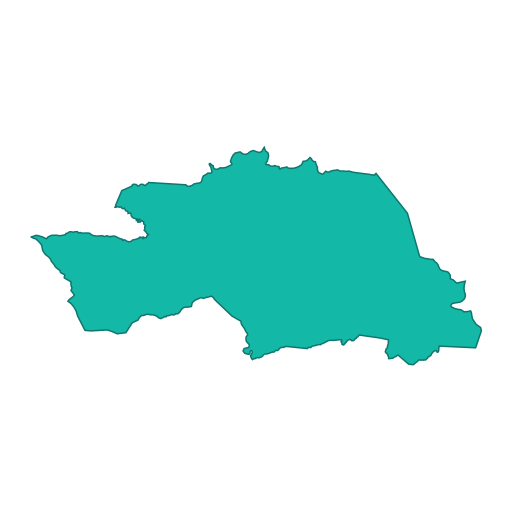 Comayagua, Comayagua, Honduras (Albers equal-area conic projection)
{"feature_id": "27666195B46551792620795", "entity_name": "Comayagua", "entity_type": "district", "adm_level": 2, "iso_a3": "HND", "parent_name": "Honduras", "parent_adm1": "Comayagua", "projection": "albers", "projection_center": [-87.636, 14.476], "detail": "fine", "context": "isolated", "style": "filled", "palette": "teal", "viewbox_px": 512, "rotation_deg": 0, "n_neighbors": 0, "source": "geoboundaries", "source_scale": "gbopen_adm2", "svg_char_len": 6066}
<svg xmlns="http://www.w3.org/2000/svg" viewBox="0 0 512 512"><path d="M264.3,147.3L263.7,148.0L261.8,151.4L260.0,152.3L258.2,152.3L253.2,150.5L250.0,151.7L247.9,153.6L245.2,154.4L242.8,153.9L240.1,151.9L235.2,153.0L233.4,154.7L231.7,157.7L230.6,160.7L230.5,161.8L231.7,163.1L231.8,164.3L230.5,165.3L225.7,167.5L222.2,168.0L220.9,167.7L219.5,168.1L217.4,169.3L215.7,169.2L214.4,168.8L213.9,168.3L213.5,167.4L213.2,165.7L212.0,165.2L210.2,163.5L209.7,163.5L209.3,163.9L209.3,164.7L210.8,167.1L211.8,171.1L211.7,172.6L210.3,173.3L208.0,173.0L205.9,174.6L203.5,175.8L202.6,177.5L201.5,181.6L200.9,182.2L199.2,183.1L197.3,183.2L193.9,184.0L192.1,185.4L189.1,186.4L187.0,186.0L185.9,184.8L148.5,182.5L148.1,183.4L146.4,184.3L145.3,185.7L143.0,184.4L141.7,184.2L140.4,184.5L138.8,185.9L138.0,186.1L136.2,184.5L133.4,184.2L132.2,185.1L131.6,186.3L121.8,190.6L115.6,205.3L115.9,205.9L115.0,207.2L115.6,207.4L117.3,206.7L119.6,207.2L120.8,206.9L122.4,208.6L123.1,208.7L124.5,208.2L125.6,210.7L127.8,211.4L128.1,213.5L129.9,213.0L130.8,213.4L131.3,215.9L132.3,217.3L133.6,218.1L136.8,219.1L136.3,220.0L136.4,220.5L138.8,219.2L139.6,219.2L139.3,219.9L137.7,221.4L137.8,222.1L140.3,222.1L140.8,221.6L141.1,220.5L141.4,220.4L143.7,222.0L143.7,223.9L144.9,224.8L145.4,225.7L144.7,226.7L144.8,228.6L144.2,230.3L146.2,232.1L146.5,233.0L147.1,233.7L148.4,234.6L146.9,235.9L146.6,237.2L146.0,237.7L144.6,237.5L143.9,237.9L143.3,237.2L143.0,238.3L142.1,237.4L141.6,237.7L140.5,237.1L139.8,237.1L139.5,237.4L139.4,238.1L138.6,238.1L137.8,238.7L136.3,239.2L132.6,240.0L131.1,241.4L129.0,241.8L127.0,241.3L124.8,239.9L124.2,239.9L123.3,240.4L122.7,240.4L122.7,239.4L119.7,238.5L114.8,236.1L112.8,236.1L112.3,236.5L111.3,236.3L110.7,236.8L110.0,236.3L109.1,236.7L107.1,235.7L104.2,236.6L102.5,235.7L96.8,236.1L93.2,235.5L90.9,234.4L90.2,233.5L89.5,233.3L88.0,233.0L81.9,233.1L80.3,232.5L78.6,233.0L77.6,231.7L75.8,231.7L74.6,231.8L73.1,232.3L71.8,231.8L69.4,231.8L67.5,233.2L65.9,233.5L65.3,234.7L61.2,235.6L58.7,235.6L56.5,235.2L51.6,235.3L48.7,236.6L47.5,237.4L47.1,238.4L46.7,238.6L45.4,238.4L42.7,237.0L37.7,235.5L35.7,235.4L31.9,236.8L30.7,236.8L33.9,238.4L35.9,238.9L39.6,242.5L41.6,245.1L42.6,250.1L43.1,251.2L45.4,254.5L48.2,256.6L50.2,258.6L51.5,261.4L54.3,264.9L55.3,266.8L58.5,269.6L59.7,270.0L60.3,272.1L61.2,273.0L64.4,274.6L64.9,275.2L64.2,277.0L64.4,278.0L70.8,281.7L71.1,285.9L72.0,287.9L71.0,290.5L74.4,295.0L72.8,296.9L69.2,299.5L67.9,301.3L71.0,303.5L73.9,307.0L76.2,311.2L77.6,316.0L85.0,330.4L91.1,330.9L105.9,330.0L108.1,330.2L112.2,331.6L117.2,333.8L125.9,332.7L131.9,323.3L132.8,322.5L138.0,320.1L139.3,317.7L141.7,315.4L143.4,315.5L146.5,314.4L148.4,314.3L150.9,314.9L152.3,314.7L155.2,315.4L157.3,316.6L158.6,317.8L160.8,318.6L163.7,317.3L164.6,316.5L165.3,316.8L166.1,316.8L166.5,315.9L169.3,315.5L171.7,314.5L173.3,315.0L175.0,314.5L175.9,313.6L176.8,313.9L178.0,313.7L179.6,312.2L181.4,309.5L183.6,307.6L185.6,307.1L188.2,307.1L191.4,306.5L192.3,302.6L195.2,300.1L200.6,297.8L201.5,297.8L203.4,298.4L205.7,297.6L211.6,296.2L213.5,297.8L214.8,299.7L232.0,316.1L240.9,321.2L241.2,323.5L241.9,325.0L244.1,328.0L246.3,332.3L247.5,333.7L247.6,335.0L246.2,336.8L246.0,337.6L246.0,339.7L246.4,341.3L246.9,342.1L248.9,344.2L249.3,345.1L249.1,346.6L248.3,347.5L244.2,348.5L243.2,350.4L243.3,351.5L244.9,353.4L248.8,354.4L249.9,353.7L250.1,351.7L250.4,350.9L251.1,350.5L251.7,350.6L252.2,351.8L252.0,353.3L250.5,356.0L251.6,358.6L252.5,359.6L253.7,358.8L255.7,358.5L255.9,357.9L257.3,357.6L258.6,357.9L261.1,357.1L262.5,356.2L263.5,354.7L264.9,354.0L266.9,354.0L272.7,352.0L274.0,352.1L275.7,350.4L277.2,350.6L278.7,349.8L279.2,348.8L280.7,347.5L281.8,347.5L282.2,347.2L282.6,347.4L284.0,347.4L284.7,346.8L286.1,346.4L307.3,348.6L308.6,347.3L310.7,347.6L312.1,346.2L316.4,345.3L317.9,344.6L320.6,344.7L321.4,343.9L322.8,343.5L328.7,340.5L330.5,340.3L333.7,340.4L339.8,339.7L341.1,339.8L341.7,340.1L341.9,340.7L341.0,341.5L342.0,343.4L342.0,344.4L343.7,345.0L344.5,343.8L345.0,343.7L345.3,343.0L346.3,342.3L347.5,340.3L350.3,339.4L350.8,339.6L351.1,340.2L352.0,340.8L353.7,340.5L354.5,339.9L355.1,338.7L356.3,338.3L356.7,337.3L358.0,336.7L359.0,335.0L380.0,338.0L388.5,339.8L388.2,344.1L387.3,346.6L387.4,347.6L386.9,348.4L386.1,348.9L385.3,351.8L385.9,352.9L387.2,353.6L387.5,354.8L388.7,357.0L388.5,358.2L388.8,358.7L392.8,358.2L394.0,357.3L396.1,356.4L398.0,355.0L408.7,364.2L412.8,364.7L413.9,364.4L414.7,363.4L416.2,362.4L419.0,359.9L421.5,360.2L422.5,359.9L423.5,360.2L424.5,359.9L425.5,360.0L427.6,358.1L427.8,357.2L429.6,356.3L431.0,355.2L431.8,353.5L433.7,351.3L435.9,350.5L436.5,350.9L437.2,352.3L438.1,352.0L438.6,351.1L439.1,346.1L475.6,347.8L481.3,331.1L480.9,328.3L480.5,327.4L476.2,324.4L472.8,319.4L472.3,318.2L471.3,312.3L470.6,310.9L467.3,311.6L463.9,311.8L462.1,310.4L460.5,309.6L458.1,309.4L454.3,308.4L453.4,307.8L451.7,307.1L450.8,306.0L451.2,304.7L452.5,303.4L460.2,302.1L462.2,301.0L464.1,299.2L464.9,297.8L465.4,295.6L465.3,294.4L464.3,291.4L464.0,288.4L464.3,284.8L465.3,281.2L456.6,283.1L453.5,280.1L450.3,278.7L450.3,275.2L448.3,272.3L447.3,271.8L442.2,270.6L440.1,269.4L438.7,266.8L438.2,265.1L436.7,263.0L435.5,262.2L433.0,259.3L430.7,259.4L427.6,258.7L425.1,258.5L420.0,256.7L419.4,255.6L407.4,213.2L376.0,173.4L375.3,174.0L374.7,175.1L372.8,174.8L372.1,175.0L369.9,174.4L353.8,172.4L348.5,171.0L346.5,171.4L343.6,171.0L340.6,171.1L339.0,170.6L337.4,169.8L335.3,170.3L333.4,170.4L330.4,171.2L328.8,172.1L327.4,172.0L325.7,171.2L323.0,174.1L322.5,174.1L319.2,172.9L318.0,171.6L317.5,170.0L317.4,167.2L316.5,165.4L315.3,161.7L315.1,161.6L314.0,161.7L313.4,161.3L311.9,160.0L311.4,158.6L309.9,157.5L307.9,159.8L305.4,161.1L303.1,161.3L301.7,164.6L298.6,166.6L296.1,167.6L293.4,168.3L289.3,168.3L287.9,167.9L286.7,166.9L285.4,167.4L281.7,168.0L280.0,169.1L279.3,168.6L279.4,167.3L278.6,166.4L278.1,166.6L276.7,166.3L274.6,165.5L273.6,166.2L270.5,166.1L268.7,164.7L266.4,164.6L265.8,164.4L265.9,163.2L267.4,161.0L268.6,156.1L268.2,153.3L267.4,152.3L265.7,151.2L264.8,149.1L264.3,147.3Z" fill="#14b8a6" stroke="#0f766e" stroke-width="1.5"/></svg>